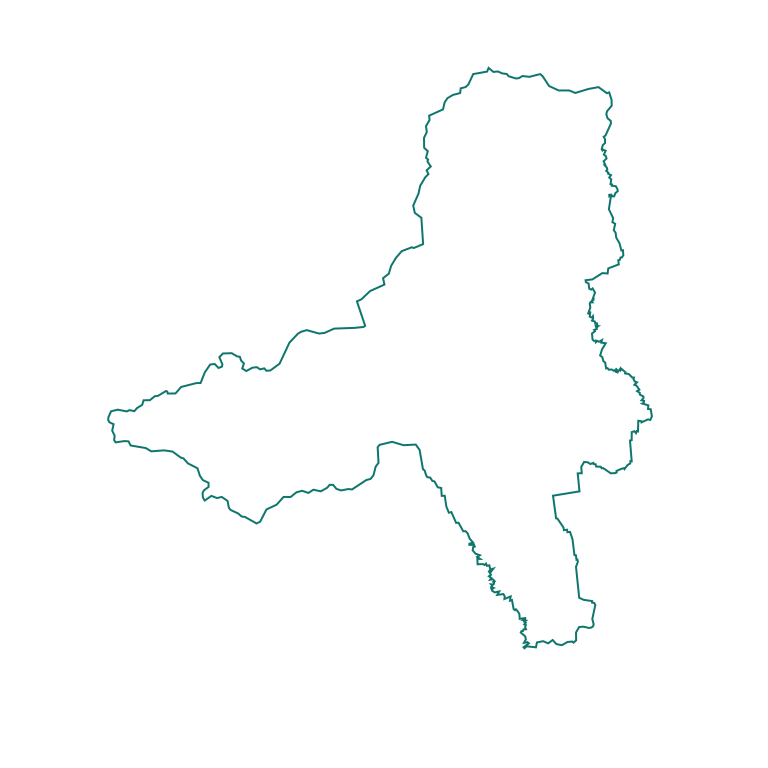 outline of Khuan Kalong, Satun, Thailand, rotated 259°
{"feature_id": "78962969B58328685973452", "entity_name": "Khuan Kalong", "entity_type": "district", "adm_level": 2, "iso_a3": "THA", "parent_name": "Thailand", "parent_adm1": "Satun", "projection": "robinson", "projection_center": [100.019, 6.959], "detail": "fine", "context": "isolated", "style": "outline", "palette": "teal", "viewbox_px": 768, "rotation_deg": 259, "n_neighbors": 0, "source": "geoboundaries", "source_scale": "gbopen_adm2", "svg_char_len": 6155}
<svg xmlns="http://www.w3.org/2000/svg" viewBox="0 0 768 768"><g transform="rotate(259 384 384)"><path d="M652.5,500.9L648.9,497.3L642.3,494.3L638.8,479.5L634.4,479.1L629.1,474.4L623.2,474.1L617.9,470.2L608.2,468.5L604.2,471.4L598.1,468.4L595.9,470.1L594.2,469.1L588.6,471.4L585.6,466.6L581.6,467.7L579.0,463.9L571.6,457.3L564.5,454.3L553.5,446.7L546.1,446.9L540.0,452.4L513.9,449.1L511.8,439.3L512.9,437.4L511.0,426.7L505.7,420.0L498.7,413.6L491.4,409.8L488.1,403.3L481.5,403.4L477.9,388.1L471.4,377.9L470.3,373.2L444.7,376.6L443.9,374.7L444.7,365.8L447.9,345.6L445.5,335.5L445.9,329.9L451.6,318.5L451.1,312.6L449.8,309.1L442.7,299.1L423.9,285.4L419.0,275.1L419.4,271.1L422.2,269.4L422.0,265.2L424.8,262.4L425.1,257.9L423.0,251.3L426.3,247.8L430.9,250.4L434.3,248.2L438.2,247.7L439.1,245.1L443.3,240.4L444.7,231.7L441.8,227.5L434.1,229.1L432.0,228.3L431.3,224.6L435.9,221.7L436.3,217.1L429.7,210.4L419.9,204.1L420.7,199.9L419.8,184.3L414.5,177.5L415.9,169.9L418.0,169.8L418.7,168.6L415.5,159.9L415.7,156.6L412.8,151.1L413.9,144.9L409.7,142.7L407.5,137.0L405.0,133.8L406.9,129.2L406.2,126.2L409.6,117.8L409.3,110.9L404.1,107.2L401.2,106.4L398.8,107.2L396.1,110.9L390.1,108.3L384.6,109.7L380.4,108.4L377.9,109.4L377.5,118.4L376.4,122.3L372.0,123.5L366.6,137.9L362.3,142.7L360.8,155.6L358.0,163.5L350.5,170.5L349.3,172.9L343.5,176.4L336.9,184.8L328.9,185.8L324.3,187.8L320.5,192.9L316.5,192.2L314.0,187.0L311.7,185.1L307.0,184.6L303.8,185.8L307.1,193.2L303.9,198.3L304.1,203.2L299.1,208.1L292.1,208.1L289.6,209.4L284.6,216.3L281.2,218.8L280.0,222.2L271.4,232.3L272.5,236.2L283.3,244.7L286.0,255.5L292.3,263.9L290.9,270.8L294.4,277.4L294.8,283.2L291.5,289.0L293.7,294.5L290.7,301.5L293.0,308.4L295.4,311.4L294.7,314.8L290.1,317.3L287.7,321.6L287.7,328.8L286.6,332.5L293.1,348.3L293.4,352.7L296.3,356.2L304.5,360.1L307.7,363.6L323.1,365.7L325.1,368.0L325.7,380.9L320.2,391.5L318.5,403.6L312.4,406.4L292.9,406.0L291.3,407.4L286.6,407.9L284.3,408.7L283.3,411.5L279.6,413.0L278.7,415.0L272.4,417.0L271.0,420.3L263.2,419.3L262.7,422.3L251.9,421.8L245.3,423.1L245.4,425.7L233.9,428.3L233.6,430.7L224.3,433.7L224.0,435.9L221.5,437.6L215.8,438.6L211.1,441.3L211.0,437.4L209.8,437.1L208.9,441.7L207.1,442.1L206.9,440.4L203.8,439.3L200.0,441.4L197.6,445.4L196.5,442.5L194.0,444.9L194.6,442.3L189.2,441.5L188.3,446.9L187.1,448.3L188.2,449.9L185.9,450.4L185.9,452.8L181.5,452.9L181.9,456.1L179.3,453.2L180.6,452.3L180.0,451.2L176.3,452.6L175.2,450.3L173.2,452.3L171.6,450.8L171.6,453.5L169.3,455.0L168.8,453.5L167.7,454.1L166.3,453.2L166.9,450.9L165.6,451.7L164.4,450.8L163.5,451.9L163.7,450.3L162.8,450.3L162.5,452.1L161.5,450.6L160.3,450.8L158.3,453.0L158.4,457.5L155.4,454.9L155.0,461.1L152.7,462.0L150.0,461.2L151.3,467.8L147.2,466.3L147.5,468.4L138.3,468.3L137.0,469.4L137.7,470.5L135.4,471.9L132.4,473.0L127.6,472.4L127.3,477.9L126.2,477.8L125.7,475.7L124.7,478.1L123.9,476.3L122.6,477.6L121.3,475.9L120.5,477.2L118.4,476.1L116.2,476.6L116.5,474.1L115.1,473.4L115.1,471.7L113.9,470.8L109.3,474.5L106.2,474.5L103.2,472.0L103.2,475.6L101.8,476.7L99.0,470.8L97.8,471.5L99.3,474.0L96.5,482.9L101.1,484.8L101.2,491.1L98.1,495.6L100.5,500.7L95.8,503.6L93.7,508.7L95.7,514.9L95.3,519.6L93.9,520.7L95.7,523.7L103.5,525.1L108.2,529.2L107.7,533.6L105.5,538.4L105.3,541.0L106.3,543.0L108.2,544.0L113.5,543.6L126.8,549.3L129.0,548.5L129.7,546.5L131.2,546.9L134.0,538.9L136.9,534.8L167.9,537.6L172.5,540.4L174.7,540.4L174.7,539.4L179.3,539.7L179.7,538.3L195.7,539.4L203.3,538.4L203.5,535.8L206.0,535.9L206.2,532.7L208.9,532.8L218.7,528.6L219.3,527.3L242.1,528.6L241.3,555.4L259.3,557.1L258.7,561.1L265.0,561.8L269.3,565.6L268.2,569.2L266.1,571.2L266.6,574.5L265.4,574.5L264.8,576.4L262.5,576.5L261.4,581.0L259.7,581.6L259.6,583.1L253.1,589.5L252.4,594.0L252.8,595.5L254.3,595.6L255.5,601.1L255.6,603.5L254.6,603.8L258.0,607.6L259.0,610.5L261.3,611.2L260.9,612.4L281.6,614.7L281.6,616.4L289.5,618.0L289.9,620.7L287.7,622.0L289.6,623.1L289.0,624.3L299.4,626.6L298.3,629.6L297.2,629.5L298.9,636.4L297.9,638.5L301.0,640.8L308.3,641.0L309.1,638.4L312.6,639.4L315.5,633.9L315.9,635.3L317.9,636.1L318.8,633.7L321.0,636.2L322.3,636.2L324.8,633.1L326.5,633.4L328.7,631.1L329.7,633.6L334.3,631.5L335.4,629.7L337.4,632.6L338.6,630.6L341.3,629.8L342.6,630.6L343.1,628.8L347.1,626.2L348.4,622.7L349.4,623.3L353.3,620.2L352.4,619.0L354.1,619.0L350.8,615.4L351.7,614.0L353.3,615.4L354.3,614.8L353.0,612.2L354.8,610.3L355.1,607.4L356.9,606.5L356.9,605.0L362.8,605.2L364.6,603.7L368.8,603.4L370.7,601.6L376.5,604.7L381.7,609.4L383.2,605.1L385.5,606.3L384.4,603.1L385.6,601.7L384.6,599.9L386.2,600.1L386.3,598.3L387.9,597.2L393.9,597.8L395.6,601.2L397.0,600.6L397.4,603.4L398.8,603.3L399.6,604.8L399.7,603.0L400.7,602.9L400.9,604.8L403.1,604.5L402.9,602.9L405.1,602.9L406.5,600.3L408.2,601.8L410.7,602.0L409.5,600.8L410.8,598.8L415.8,600.4L413.8,598.6L414.3,597.9L419.7,601.1L423.6,601.3L424.7,602.1L424.4,604.1L425.5,603.4L426.6,605.7L427.4,605.9L427.2,604.8L433.5,608.6L438.0,607.0L437.1,605.4L438.3,603.7L443.6,604.0L445.5,601.6L447.4,601.7L446.9,608.5L451.2,619.5L449.8,624.6L454.7,626.2L456.6,637.3L460.8,637.6L460.9,639.2L463.0,640.3L462.9,641.7L464.7,643.5L469.7,644.1L469.7,642.5L477.4,642.0L483.3,639.9L488.4,640.2L491.1,638.9L497.1,641.5L499.3,639.1L503.1,640.6L512.6,638.1L524.6,642.4L525.0,640.9L526.7,641.2L526.6,643.2L524.6,644.0L524.3,645.7L527.4,647.7L528.6,650.2L530.6,650.4L533.9,649.3L535.2,645.4L536.4,645.9L537.0,644.5L541.5,646.1L543.7,644.5L545.7,646.7L547.7,644.1L548.7,644.5L550.8,642.8L551.8,644.1L554.0,644.0L556.9,642.2L557.0,643.0L560.7,642.1L562.9,645.5L565.3,645.3L567.2,643.6L570.6,646.1L572.1,644.0L571.5,643.0L572.9,642.5L576.8,644.4L578.3,646.9L582.1,647.7L584.7,646.8L585.7,648.9L596.3,656.4L599.0,656.8L602.1,654.2L606.4,653.7L609.2,655.0L613.7,660.6L619.5,661.6L627.3,660.7L626.9,658.3L634.5,651.2L634.6,641.1L633.2,627.3L636.8,621.9L638.8,611.5L645.0,602.9L656.2,598.3L658.4,596.4L657.8,585.4L659.9,578.6L658.5,574.8L658.7,571.9L662.3,565.1L664.9,563.7L666.4,559.1L669.0,555.6L669.5,550.9L674.3,547.0L671.0,544.8L671.2,530.7L661.8,523.9L659.9,520.7L659.6,515.7L655.1,514.3L654.6,506.7L652.5,500.9Z" fill="none" stroke="#0f766e" stroke-width="2"/></g></svg>